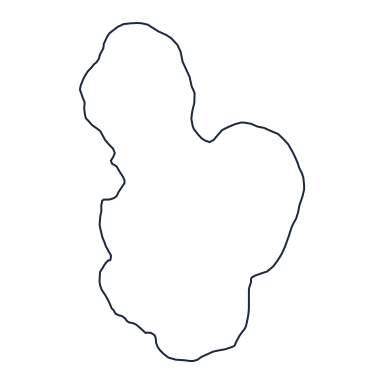 Kartala, Andjazîdja, Comoros (Natural Earth projection)
{"feature_id": "10938185B58200193875213", "entity_name": "Kartala", "entity_type": "district", "adm_level": 2, "iso_a3": "COM", "parent_name": "Comoros", "parent_adm1": "Andjazîdja", "projection": "natural_earth1", "projection_center": [43.364, -11.764], "detail": "fine", "context": "isolated", "style": "outline", "palette": "slate", "viewbox_px": 384, "rotation_deg": 0, "n_neighbors": 0, "source": "geoboundaries", "source_scale": "gbopen_adm2", "svg_char_len": 2318}
<svg xmlns="http://www.w3.org/2000/svg" viewBox="0 0 384 384"><path d="M163.7,354.0L168.4,357.6L175.9,359.7L183.9,360.2L190.2,361.0L193.4,361.0L197.5,359.7L201.6,356.8L208.6,353.7L212.9,351.7L217.7,350.6L225.0,349.3L231.1,347.3L233.8,346.2L234.7,345.5L236.1,341.9L239.5,335.7L242.7,331.3L244.8,328.7L246.1,325.6L247.3,320.2L248.4,314.3L248.9,308.6L248.9,299.1L248.9,289.5L249.4,286.9L250.1,285.1L251.0,282.0L251.0,278.9L251.9,277.4L255.8,275.3L260.1,273.8L267.1,271.5L273.0,266.6L277.6,260.6L281.7,253.9L285.1,246.4L286.9,241.3L288.8,236.1L290.8,229.7L291.5,227.6L293.3,223.5L296.1,218.6L298.1,212.4L298.8,208.3L299.3,205.7L302.5,196.4L304.1,189.5L304.1,185.3L303.6,180.4L303.4,177.9L302.1,173.7L299.3,168.1L297.5,162.7L295.3,157.5L292.8,152.3L288.3,144.4L283.1,138.7L278.1,134.0L272.6,131.7L264.0,127.9L257.6,126.6L251.1,123.8L244.9,122.7L241.1,122.5L234.7,124.3L228.1,127.1L222.2,130.0L217.9,134.9L213.6,140.0L209.5,142.1L205.6,140.8L201.8,138.5L198.4,134.9L193.8,129.0L192.7,126.1L191.3,118.6L192.3,111.2L194.3,102.9L194.6,93.1L191.6,86.2L189.6,76.9L187.1,71.5L182.6,61.7L180.6,51.6L177.4,44.9L171.5,38.5L166.5,35.1L158.6,31.5L152.0,27.4L147.7,24.6L141.6,23.3L137.3,23.0L130.9,23.3L123.6,24.1L117.7,26.9L112.5,30.8L109.1,33.6L107.0,37.0L103.8,43.9L103.4,48.1L100.0,54.5L98.8,58.9L96.5,62.3L94.0,64.3L91.3,67.7L87.7,71.5L85.4,75.1L83.3,79.0L80.8,85.2L79.9,89.6L82.6,97.3L84.7,102.5L84.2,108.4L84.9,114.3L85.8,118.2L88.3,120.8L91.9,124.9L97.6,129.0L100.3,131.1L102.5,135.2L105.0,139.8L108.7,144.2L113.0,148.6L114.8,153.0L113.4,156.6L110.9,160.7L112.0,163.6L116.6,166.4L119.7,171.8L123.1,177.0L124.5,180.3L124.5,183.1L121.7,187.3L118.8,191.6L116.7,196.0L114.0,198.1L109.9,199.4L107.9,199.6L103.8,199.6L102.2,200.7L101.3,205.3L101.3,211.8L100.3,216.1L99.6,224.7L100.3,228.5L101.4,233.2L102.3,237.0L104.4,242.2L106.0,246.6L107.8,249.7L109.1,252.2L110.9,255.3L110.9,257.6L110.2,260.2L108.2,260.5L105.9,262.8L104.1,265.4L102.5,268.2L100.0,272.1L99.8,275.7L99.5,281.1L100.2,285.7L101.6,289.6L103.1,291.9L105.4,295.3L108.8,301.5L111.7,308.4L113.6,310.2L115.6,313.8L119.0,315.4L121.7,315.9L125.3,318.5L126.7,320.8L128.8,322.3L133.7,323.4L136.2,324.7L140.8,328.5L145.5,332.9L148.0,332.6L151.0,332.9L154.6,335.2L155.7,338.0L156.2,343.2L157.8,347.1L160.0,350.2L163.7,354.0Z" fill="none" stroke="#1e293b" stroke-width="2"/></svg>